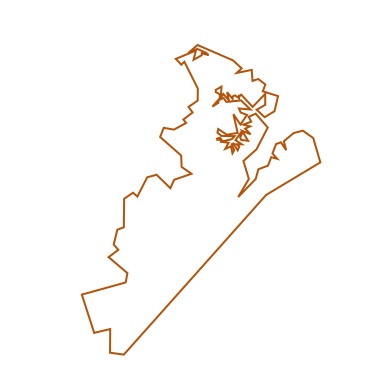 Kaipara District, Northland, New Zealand (Equal Earth projection), rotated 256°
{"feature_id": "76426892B63494088345666", "entity_name": "Kaipara District", "entity_type": "district", "adm_level": 2, "iso_a3": "NZL", "parent_name": "New Zealand", "parent_adm1": "Northland", "projection": "equal_earth", "projection_center": [174.219, -35.995], "detail": "medium", "context": "isolated", "style": "outline", "palette": "amber", "viewbox_px": 384, "rotation_deg": 256, "n_neighbors": 0, "source": "geoboundaries", "source_scale": "gbopen_adm2", "svg_char_len": 1954}
<svg xmlns="http://www.w3.org/2000/svg" viewBox="0 0 384 384"><g transform="rotate(256 192 192)"><path d="M50.7,86.5L171.2,263.2L189.7,323.7L215.0,322.7L224.7,314.4L224.6,304.9L219.0,293.4L209.8,293.5L218.7,290.3L218.2,285.2L209.9,279.4L203.6,282.7L206.6,277.3L199.2,272.1L198.0,261.9L189.2,256.9L175.9,235.6L190.9,250.3L209.6,249.4L217.8,264.9L236.2,281.1L252.6,272.7L251.2,265.2L245.9,266.5L245.0,258.0L241.6,264.2L240.6,258.9L233.8,262.9L239.3,255.3L228.1,258.8L230.6,252.4L233.3,251.9L236.6,254.8L238.3,254.3L231.8,246.7L226.2,251.9L227.5,246.8L224.6,248.8L221.4,246.4L229.1,243.9L228.7,242.1L222.4,243.1L219.8,240.6L226.9,240.9L225.8,234.7L230.9,239.4L233.8,232.1L235.6,232.7L236.3,230.1L237.0,230.8L237.0,229.1L237.7,229.1L238.0,232.3L233.8,234.0L233.6,243.3L235.9,246.8L239.2,234.4L243.4,231.0L246.8,232.7L239.1,239.7L238.3,250.6L257.5,251.0L245.8,255.3L253.5,264.1L257.3,258.5L261.7,257.7L257.9,268.7L269.0,261.7L271.1,247.1L275.5,245.4L274.9,240.0L272.2,239.2L269.9,232.4L276.4,241.9L280.3,242.4L283.2,239.2L285.3,239.7L287.1,246.1L276.5,242.9L279.5,246.1L272.3,249.9L280.3,250.2L272.6,253.9L274.9,254.6L275.3,257.2L271.6,260.3L274.1,260.8L273.7,261.9L274.4,262.7L274.6,263.2L274.6,263.3L259.9,271.4L269.5,286.8L258.8,284.1L256.2,274.6L247.0,280.6L250.4,291.6L264.2,298.7L272.6,285.1L278.6,289.2L285.6,283.6L285.2,277.6L296.0,279.5L296.7,264.2L300.0,270.1L309.9,263.5L333.3,232.9L327.7,221.9L329.6,231.7L323.7,239.3L321.4,240.8L321.1,240.6L324.3,235.1L322.3,234.4L319.9,225.5L328.3,230.0L325.1,208.5L318.1,212.4L320.2,216.1L291.0,222.7L279.3,219.6L275.4,209.2L269.0,211.8L264.4,201.2L260.4,203.0L256.9,189.6L261.1,180.1L253.1,174.4L230.0,190.3L218.8,188.0L209.8,195.9L208.2,177.6L200.9,171.9L217.3,161.8L217.1,152.1L200.8,137.9L205.6,134.6L201.8,124.5L174.2,117.3L173.5,110.5L160.0,103.3L153.7,106.5L149.0,95.3L128.9,109.7L120.3,105.8L119.1,60.3L79.0,63.0L78.8,79.5L55.9,73.6L50.7,86.5Z" fill="none" stroke="#b45309" stroke-width="2"/></g></svg>